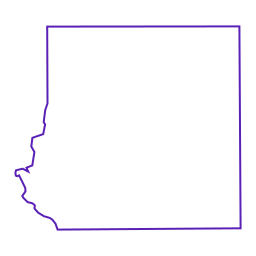 Kinney, Texas, United States of America
{"feature_id": "52423323B1423896904617", "entity_name": "Kinney", "entity_type": "district", "adm_level": 2, "iso_a3": "USA", "parent_name": "United States of America", "parent_adm1": "Texas", "projection": "albers", "projection_center": [-100.689, 29.354], "detail": "fine", "context": "isolated", "style": "outline", "palette": "violet", "viewbox_px": 256, "rotation_deg": 0, "n_neighbors": 0, "source": "geoboundaries", "source_scale": "gbopen_adm2", "svg_char_len": 534}
<svg xmlns="http://www.w3.org/2000/svg" viewBox="0 0 256 256"><path d="M239.4,26.4L47.2,26.6L47.5,103.4L45.2,110.2L43.7,122.2L45.1,124.4L43.2,134.1L32.4,137.8L31.3,146.5L34.4,152.0L32.3,165.4L26.5,167.7L28.2,171.6L22.7,168.7L16.0,170.3L15.4,172.6L15.8,175.6L17.2,176.2L19.1,175.4L25.2,187.8L25.5,191.3L22.3,196.0L23.3,197.8L27.6,202.1L32.1,203.2L34.2,204.6L34.9,205.8L34.4,207.9L34.8,208.9L38.2,212.7L43.9,216.2L49.7,217.9L52.3,219.6L55.5,223.7L57.6,229.6L240.6,228.3L239.4,26.4Z" fill="none" stroke="#5b21b6" stroke-width="2"/></svg>